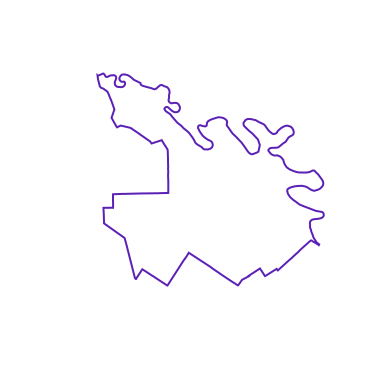 outline of Gherghita, Prahova, Romania, rotated 27°
{"feature_id": "2599482B3655847056384", "entity_name": "Gherghita", "entity_type": "district", "adm_level": 2, "iso_a3": "ROU", "parent_name": "Romania", "parent_adm1": "Prahova", "projection": "albers", "projection_center": [26.262, 44.787], "detail": "fine", "context": "isolated", "style": "outline", "palette": "violet", "viewbox_px": 384, "rotation_deg": 27, "n_neighbors": 0, "source": "geoboundaries", "source_scale": "gbopen_adm2", "svg_char_len": 5920}
<svg xmlns="http://www.w3.org/2000/svg" viewBox="0 0 384 384"><g transform="rotate(27 192 192)"><path d="M329.1,181.8L329.1,180.9L327.5,180.7L325.6,180.2L320.9,177.4L318.6,175.1L316.4,173.2L314.7,171.2L313.2,170.0L312.4,168.1L311.5,166.7L310.8,165.4L310.8,164.1L311.3,162.5L313.1,160.8L316.6,158.6L319.1,156.5L320.1,154.7L320.1,153.4L319.9,152.8L319.3,151.8L318.2,150.9L316.7,150.8L310.9,152.6L295.9,154.2L293.1,154.3L288.9,153.5L285.9,153.1L281.7,152.0L278.2,150.0L276.2,147.6L275.9,146.1L276.7,144.6L277.7,143.2L281.1,140.2L284.2,138.2L287.3,136.5L290.6,135.6L292.9,135.5L296.1,135.9L298.2,135.9L300.2,135.5L300.8,135.1L303.6,132.3L304.6,130.8L305.4,128.4L305.7,126.7L305.3,125.1L303.9,123.1L302.1,121.9L296.1,118.9L294.7,118.6L291.4,117.4L289.8,118.0L287.9,120.6L285.4,122.6L278.5,126.0L276.3,126.7L273.2,127.2L269.7,127.5L267.0,127.3L265.0,126.9L263.0,125.8L261.5,124.8L260.2,123.6L258.7,121.9L255.9,120.7L254.1,120.4L251.3,120.6L250.1,121.5L248.7,122.1L247.0,122.4L245.7,122.3L244.8,122.1L244.4,121.9L243.6,121.6L241.4,120.6L241.0,120.0L241.2,118.4L242.1,117.1L243.0,116.5L247.5,114.0L248.8,112.7L251.0,107.6L252.7,104.6L252.9,102.3L253.3,99.5L254.2,97.9L255.8,95.6L256.1,94.6L255.8,93.1L254.9,91.6L253.6,90.4L252.5,89.7L250.9,89.1L249.9,89.0L246.9,89.6L246.3,89.9L244.7,91.2L243.4,92.9L242.3,94.7L240.9,98.2L240.5,101.2L240.2,101.7L239.2,102.7L238.1,103.5L237.0,103.5L234.6,103.1L232.4,102.5L226.2,99.3L223.9,99.1L220.2,99.3L216.2,99.1L211.6,100.2L208.5,101.6L207.0,103.5L206.5,106.8L207.1,108.3L208.6,109.6L215.5,111.7L219.3,112.5L227.0,115.3L228.7,117.0L231.1,119.3L232.8,125.5L232.5,126.7L228.9,130.8L227.3,131.5L224.7,131.1L222.9,130.3L217.0,127.1L213.5,125.4L206.5,122.9L201.4,121.4L192.7,116.8L192.1,115.7L191.8,114.3L191.4,113.5L190.8,112.8L189.3,112.1L186.4,111.8L183.8,112.5L181.4,113.5L177.5,117.3L175.4,119.6L174.1,121.9L174.0,123.5L174.5,125.2L174.9,126.2L174.4,127.3L173.5,127.7L171.5,128.4L169.0,128.7L167.9,129.7L167.7,130.8L168.3,132.2L171.1,134.4L176.0,137.0L177.9,137.5L180.6,138.0L182.5,138.2L184.5,138.1L186.2,138.2L187.4,138.7L188.5,139.7L189.2,140.8L189.5,142.0L189.5,142.7L189.5,143.5L188.3,145.5L187.0,146.8L183.7,148.4L182.3,148.4L180.4,147.6L174.7,147.2L172.7,146.6L171.5,145.8L169.9,144.5L167.3,143.0L162.8,140.8L160.7,140.1L155.5,139.0L152.6,137.9L147.4,136.9L140.3,134.0L137.6,132.7L136.2,132.4L133.4,132.1L132.1,131.9L130.2,131.0L129.6,130.3L129.7,129.3L130.3,128.1L131.0,127.6L132.2,127.4L137.0,128.7L139.6,128.9L140.9,128.5L142.5,127.5L143.4,126.3L143.6,124.9L143.4,123.2L142.5,121.6L141.4,120.8L140.1,119.9L138.3,119.6L136.2,120.3L134.8,121.4L133.4,122.3L131.7,122.4L130.2,121.8L129.2,120.4L128.7,118.2L127.8,116.8L126.7,113.1L125.1,111.2L123.5,110.3L121.9,109.9L119.6,110.3L117.5,110.3L116.4,110.4L115.1,111.4L113.1,116.3L112.0,117.5L108.4,118.0L100.0,119.8L97.6,119.6L96.6,118.3L89.4,118.4L88.4,118.2L86.3,117.6L84.2,117.2L83.0,117.1L81.7,117.1L79.4,117.6L78.2,118.0L77.0,118.7L76.2,119.5L75.8,120.4L75.6,121.2L75.5,121.9L75.5,122.4L75.6,123.2L75.8,123.9L76.1,124.4L77.1,125.3L78.3,125.7L79.1,125.7L79.7,125.6L80.4,125.1L80.9,124.7L81.5,124.5L81.8,124.6L82.2,124.7L82.8,125.2L83.3,126.1L83.5,126.8L83.4,127.9L83.3,128.5L83.0,129.2L82.3,130.0L81.5,130.6L79.8,131.4L78.8,131.8L77.7,132.1L76.8,132.2L76.0,131.9L75.4,131.8L75.0,131.5L74.5,131.1L73.9,130.3L73.6,129.7L73.3,129.1L73.2,127.9L72.9,125.7L72.7,124.8L72.3,124.1L71.8,123.6L70.7,123.3L69.8,123.3L69.0,123.6L67.4,124.6L66.8,124.9L66.2,125.5L65.3,126.6L64.8,127.3L63.9,128.2L63.4,128.4L63.1,128.4L62.7,128.3L61.7,127.8L60.8,127.1L60.2,126.9L59.3,126.7L58.9,126.9L57.9,128.2L56.1,130.3L55.3,131.1L54.9,131.0L56.9,134.0L60.4,138.0L62.0,139.8L63.4,140.4L63.9,140.4L64.5,140.4L65.3,140.2L65.9,140.2L67.1,140.3L67.8,140.5L68.8,140.6L70.0,140.8L70.4,140.9L71.1,141.0L71.7,141.4L72.9,142.4L73.9,143.2L75.2,144.4L76.0,145.1L76.8,145.7L77.3,146.2L78.1,146.7L78.8,147.4L82.3,150.7L85.4,153.7L86.3,160.1L86.6,162.4L95.1,168.1L95.3,168.1L95.9,168.4L96.9,167.0L98.3,165.2L101.0,164.5L107.5,162.9L108.6,162.9L108.8,162.8L110.7,163.1L113.9,163.5L116.3,163.8L126.1,165.2L128.8,165.6L131.4,165.9L131.9,166.1L134.0,167.1L136.9,164.2L141.2,159.9L141.5,159.6L141.7,159.8L143.8,161.0L146.2,162.5L147.0,162.9L148.4,163.7L150.0,164.7L151.0,165.3L151.3,165.7L152.1,167.1L154.9,172.1L157.2,176.5L158.8,179.4L159.0,179.7L159.1,179.8L159.1,180.0L159.3,180.4L159.8,181.3L160.0,182.0L160.4,182.7L160.6,183.0L160.9,183.4L161.2,183.9L161.5,184.5L161.7,185.0L161.9,185.3L162.0,185.6L162.2,185.9L162.4,186.5L162.9,187.5L163.8,189.3L164.5,190.5L165.3,192.0L165.7,192.6L166.0,193.2L166.6,194.4L167.3,195.7L168.0,197.1L169.6,200.3L171.3,203.6L169.1,204.8L164.1,207.5L162.4,208.5L159.8,209.8L158.0,210.8L154.7,212.5L152.9,213.5L151.3,214.3L149.0,215.5L140.3,220.2L133.9,223.7L132.4,224.5L132.1,224.6L122.7,229.8L122.9,230.5L124.3,233.1L125.1,234.8L126.5,237.3L128.4,241.0L128.8,241.9L127.5,242.5L127.1,242.7L124.9,243.9L121.6,245.6L120.3,246.3L121.6,248.6L123.0,251.0L125.8,256.1L127.9,259.9L152.9,263.6L153.3,264.1L154.5,265.4L158.2,269.5L162.4,274.3L174.8,288.4L179.7,294.0L180.1,294.4L180.6,294.7L181.2,295.0L181.6,295.0L181.7,294.8L181.6,294.5L182.8,283.4L187.8,283.9L192.1,284.4L195.1,284.7L195.3,284.7L195.6,284.7L197.4,284.9L198.1,285.0L200.9,285.3L211.9,286.5L212.3,286.6L212.6,286.5L213.3,279.6L213.4,279.2L213.4,278.7L215.7,255.9L215.9,255.7L216.0,255.1L216.0,254.4L216.1,253.9L216.2,253.3L216.4,251.8L216.5,250.7L216.7,247.6L243.6,250.5L243.9,250.7L258.6,252.6L267.4,253.6L267.5,253.6L269.2,253.8L271.9,254.0L274.0,254.3L275.2,254.3L275.5,254.2L276.1,250.3L276.2,249.4L276.4,247.9L276.5,247.5L281.0,241.1L280.6,240.9L287.3,229.3L295.2,233.8L295.6,233.3L302.3,222.1L304.1,222.9L308.7,210.7L308.8,210.4L308.8,210.5L311.1,204.8L311.4,203.8L312.9,199.8L313.7,197.8L314.6,194.9L314.8,194.2L318.6,184.3L319.2,182.8L319.6,181.8L319.9,181.2L320.7,180.9L321.9,181.2L324.7,181.3L327.6,181.5L329.1,181.8Z" fill="none" stroke="#5b21b6" stroke-width="2"/></g></svg>